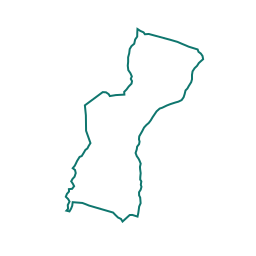 the district of São Felipe, Bahia, Brazil, rotated 27°
{"feature_id": "56859067B73272671574835", "entity_name": "São Felipe", "entity_type": "district", "adm_level": 2, "iso_a3": "BRA", "parent_name": "Brazil", "parent_adm1": "Bahia", "projection": "natural_earth1", "projection_center": [-39.09, -12.85], "detail": "fine", "context": "isolated", "style": "outline", "palette": "teal", "viewbox_px": 256, "rotation_deg": 27, "n_neighbors": 0, "source": "geoboundaries", "source_scale": "gbopen_adm2", "svg_char_len": 1808}
<svg xmlns="http://www.w3.org/2000/svg" viewBox="0 0 256 256"><g transform="rotate(27 128 128)"><path d="M79.3,127.4L84.7,135.8L91.9,149.5L101.4,158.5L101.1,161.9L101.1,164.7L100.0,166.8L99.8,170.4L99.5,174.0L98.0,175.7L97.6,180.5L97.7,183.3L97.7,185.8L97.0,188.9L99.9,189.5L101.9,191.9L102.5,195.7L101.7,198.5L101.6,201.3L104.0,202.6L106.4,204.3L105.8,207.6L103.1,209.3L104.3,211.4L103.5,214.4L103.8,217.5L107.0,218.5L109.3,220.1L109.3,224.0L111.3,227.2L110.7,229.6L113.7,228.9L113.9,225.7L113.6,222.6L112.4,219.2L121.4,215.5L124.9,215.1L128.5,214.8L153.1,210.1L156.2,211.2L159.8,212.3L163.0,212.2L165.6,213.8L169.0,204.8L171.3,203.5L173.6,203.1L176.7,202.6L175.8,199.2L174.6,195.7L173.6,192.9L173.4,189.3L171.7,186.5L170.4,184.4L168.5,183.0L167.0,180.2L167.3,177.2L166.7,174.3L165.2,172.8L164.1,169.5L162.3,168.4L161.2,166.1L159.8,162.5L157.5,159.2L156.3,157.2L155.5,154.0L152.9,151.7L151.1,150.4L148.6,149.1L146.1,146.8L145.5,143.0L144.6,140.5L145.2,137.4L144.5,134.9L142.9,133.1L141.8,130.3L142.1,124.4L142.1,120.3L143.0,117.0L144.2,114.1L144.8,110.8L145.0,107.4L145.9,100.2L147.4,96.3L149.3,94.4L152.4,90.3L154.9,87.5L156.9,85.5L158.6,83.8L160.9,81.7L163.1,78.8L163.6,75.4L163.1,72.2L162.2,68.4L163.0,65.9L163.1,62.9L163.5,58.5L162.9,55.5L160.9,51.6L159.8,48.2L160.2,44.4L161.3,41.3L161.6,38.0L162.5,35.6L163.7,32.6L161.7,30.0L159.1,28.6L156.2,28.1L154.4,26.4L145.1,28.0L141.8,28.2L138.0,28.5L133.1,28.8L126.2,30.1L103.8,34.8L100.5,36.8L98.4,35.7L95.0,35.9L91.5,35.5L93.0,38.9L94.7,42.4L94.2,45.9L95.3,50.1L93.9,53.5L93.7,56.9L95.2,61.0L96.0,64.9L98.1,69.0L99.5,72.6L102.0,76.3L105.3,78.1L108.0,80.3L108.2,83.0L110.3,84.4L111.0,86.9L109.8,90.7L109.2,94.4L108.2,97.5L109.6,99.9L102.2,104.2L97.3,107.8L95.4,106.6L92.2,106.2L89.2,107.5L79.3,127.4Z" fill="none" stroke="#0f766e" stroke-width="2"/></g></svg>